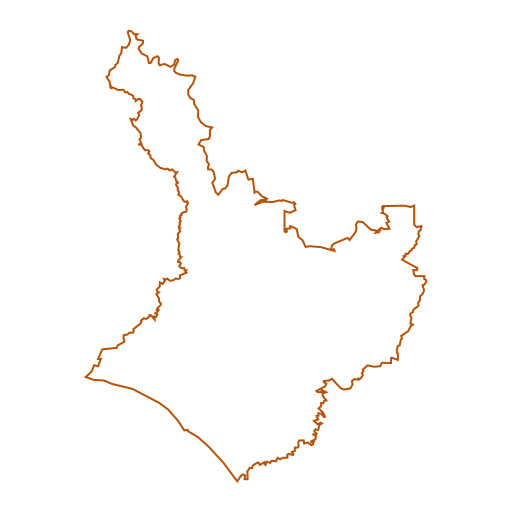 Whanganui District, Manawatu-Wanganui, New Zealand
{"feature_id": "76426892B60533113586032", "entity_name": "Whanganui District", "entity_type": "district", "adm_level": 2, "iso_a3": "NZL", "parent_name": "New Zealand", "parent_adm1": "Manawatu-Wanganui", "projection": "robinson", "projection_center": [175.119, -39.636], "detail": "fine", "context": "isolated", "style": "outline", "palette": "amber", "viewbox_px": 512, "rotation_deg": 0, "n_neighbors": 0, "source": "geoboundaries", "source_scale": "gbopen_adm2", "svg_char_len": 6055}
<svg xmlns="http://www.w3.org/2000/svg" viewBox="0 0 512 512"><path d="M135.8,127.3L140.6,133.3L141.1,137.7L139.5,139.1L141.4,143.7L139.1,144.2L139.2,144.8L141.2,144.6L144.9,150.2L148.4,150.2L149.3,151.4L148.2,153.5L150.4,155.4L150.5,157.9L153.3,159.9L156.3,164.8L160.2,167.8L165.8,169.4L167.7,168.6L169.7,170.5L172.1,169.4L175.3,172.5L177.0,172.2L174.1,176.7L175.2,177.2L176.0,180.5L178.0,182.7L176.4,183.4L176.1,184.9L178.0,187.9L177.6,189.7L179.1,192.2L178.3,194.8L180.8,196.0L183.8,201.2L186.4,202.1L187.1,201.3L188.1,203.0L185.9,207.0L186.8,209.7L186.0,211.8L182.6,212.6L181.3,213.7L181.7,214.8L179.9,216.0L180.6,217.6L179.3,218.3L180.8,221.2L179.5,222.5L180.2,224.0L178.9,226.4L180.0,227.7L179.0,227.9L180.1,231.4L177.9,233.7L178.0,238.6L177.1,239.3L179.3,243.5L178.2,250.5L179.5,252.0L178.5,253.8L179.8,254.7L180.2,257.4L181.1,257.3L178.2,260.7L178.1,262.1L180.1,262.3L180.9,263.6L179.2,266.2L181.1,268.1L184.3,268.1L184.5,270.3L186.5,270.3L185.7,272.0L186.4,272.7L179.8,275.4L180.3,278.0L178.1,279.1L175.9,278.4L172.8,280.4L169.9,280.8L167.5,278.6L165.5,279.7L164.0,279.0L164.7,281.1L162.6,284.0L160.0,282.4L159.6,286.8L156.7,289.4L157.5,291.9L158.9,292.4L156.4,294.1L159.1,298.7L159.0,301.7L160.9,303.4L160.8,304.9L157.2,308.4L158.6,309.8L156.8,310.3L157.7,311.5L155.4,313.2L157.3,314.4L156.0,317.2L154.4,317.2L154.5,319.6L153.5,318.3L153.7,316.6L152.9,317.2L150.8,315.2L149.7,315.1L150.0,316.0L146.2,319.0L143.9,318.2L141.0,320.5L141.5,321.6L140.3,323.8L133.4,329.1L133.7,331.3L132.9,332.7L129.3,332.8L127.2,334.7L123.7,335.1L123.5,338.2L124.5,341.6L117.6,345.5L116.7,347.9L102.3,349.3L98.1,359.0L100.9,358.9L98.0,366.3L94.1,365.2L91.6,371.6L85.7,377.0L93.7,379.9L104.0,380.5L111.9,383.9L132.5,388.9L159.2,402.9L168.1,409.5L178.3,421.1L184.3,430.4L188.4,429.6L187.5,430.3L187.9,431.1L198.1,437.2L209.0,447.1L223.2,462.5L237.2,481.3L240.9,475.8L242.9,474.4L245.1,475.3L244.6,479.2L247.6,479.2L247.4,471.3L249.7,467.9L252.1,468.0L252.7,465.5L257.7,462.5L258.7,462.6L259.7,464.9L264.5,462.2L264.6,464.3L265.5,464.9L266.9,461.7L270.0,462.9L271.8,460.6L275.9,461.4L277.6,457.8L280.2,459.3L282.5,457.9L287.5,457.6L287.2,454.9L288.4,454.0L293.1,454.9L293.4,453.8L291.8,452.0L294.9,450.8L294.8,447.6L297.3,447.7L298.5,446.6L298.4,441.9L299.4,440.4L303.8,440.4L304.1,443.5L307.7,442.5L311.2,445.2L312.7,444.7L313.8,441.9L311.3,442.4L311.0,441.5L315.5,439.1L315.9,437.4L315.5,435.9L312.6,434.1L316.2,434.7L316.7,433.7L314.4,431.5L314.5,430.3L315.5,429.3L318.1,430.0L319.7,424.6L321.9,423.5L320.4,422.7L317.8,424.4L314.0,420.9L318.2,419.4L316.4,416.0L318.5,415.6L318.3,413.2L321.3,413.7L324.0,417.1L325.0,416.6L322.8,412.3L318.6,408.4L321.3,406.0L321.1,403.0L323.2,403.3L324.2,400.8L326.3,400.5L322.7,395.8L322.5,393.4L326.1,392.2L322.2,390.2L321.6,390.6L322.4,391.7L321.6,392.2L317.7,392.1L316.4,391.0L325.0,386.5L326.4,383.8L323.7,382.1L323.9,381.0L328.9,380.5L332.0,378.8L340.7,388.3L344.1,389.5L350.4,388.4L352.5,384.7L352.0,381.0L354.5,379.0L357.4,379.6L358.4,378.6L358.9,379.6L361.0,378.0L362.9,375.2L361.8,373.1L363.4,371.3L362.8,369.6L367.6,365.4L374.0,366.7L380.2,366.3L382.0,362.8L391.0,363.0L391.1,358.0L391.7,357.7L397.8,359.9L397.9,353.6L397.1,353.2L396.8,350.1L397.8,345.9L399.7,345.3L400.9,339.6L402.0,338.4L401.2,335.9L408.2,331.1L410.9,325.9L412.8,324.7L410.4,323.6L411.4,317.8L410.1,315.2L410.4,313.6L412.8,312.1L413.5,309.6L418.5,305.7L418.0,302.8L419.9,300.5L420.0,296.4L422.6,293.8L424.1,290.4L422.5,285.3L424.2,284.7L426.3,281.6L426.3,280.3L424.1,278.7L424.4,276.1L415.4,276.1L413.8,273.9L413.3,270.0L416.9,270.2L417.5,268.2L402.1,259.7L404.1,257.5L403.7,256.1L405.5,256.2L405.5,253.8L408.1,253.8L410.0,250.9L411.5,250.4L411.8,248.8L414.4,247.7L414.5,245.6L416.7,244.2L416.1,241.6L419.3,236.2L418.3,234.5L418.8,231.5L420.7,230.0L421.1,226.6L422.1,225.7L416.8,227.2L414.2,224.8L414.2,205.6L410.8,207.0L404.5,205.7L382.8,206.1L382.3,207.0L383.7,207.4L383.3,208.9L382.2,209.1L383.1,212.3L381.9,213.0L384.9,213.9L387.6,216.3L386.5,217.5L389.1,221.5L386.4,223.0L389.4,228.7L383.9,229.2L381.6,227.7L379.3,229.3L380.2,230.3L378.2,230.5L377.9,231.6L379.0,231.2L379.0,232.2L375.5,232.9L376.4,231.6L375.9,230.4L370.8,229.7L362.8,222.1L357.9,221.5L355.9,224.6L356.5,228.9L355.6,232.0L349.6,240.0L347.6,237.9L334.4,243.4L332.2,245.2L330.9,249.2L332.2,250.2L333.7,249.1L334.5,250.9L320.9,247.1L309.6,246.2L305.6,246.9L302.4,240.0L298.4,237.1L296.7,229.1L291.8,226.6L290.0,226.3L290.4,228.3L286.1,228.9L286.9,231.6L285.4,232.2L284.5,231.2L284.5,211.0L289.8,212.8L295.6,210.2L294.0,204.9L295.4,203.9L293.6,202.2L292.2,202.9L282.9,200.0L281.7,201.1L279.7,200.4L272.6,202.0L262.8,201.7L254.5,205.1L260.5,200.2L266.4,199.7L267.0,198.7L261.8,196.3L257.7,191.8L255.4,191.6L254.6,192.5L252.8,178.9L248.4,179.6L245.4,170.6L242.1,172.3L238.3,170.7L237.0,172.3L231.6,172.9L228.9,176.5L227.5,185.5L225.0,188.6L223.0,188.7L218.2,194.8L215.8,192.3L212.3,182.7L215.1,178.9L213.6,171.7L211.8,169.6L208.2,169.3L207.9,167.4L209.0,164.4L206.6,160.9L206.9,156.0L204.2,150.8L203.6,147.0L198.6,144.5L201.1,140.1L208.7,139.0L209.9,136.4L209.9,129.9L212.1,127.5L205.8,126.0L200.9,122.2L197.9,116.8L198.3,110.5L194.2,104.2L193.9,99.8L190.4,98.2L188.3,94.8L188.2,90.0L193.2,83.2L195.3,76.7L192.1,75.3L186.6,75.7L179.0,74.3L175.3,72.4L174.2,70.9L174.4,68.5L178.2,60.7L177.4,59.0L175.4,59.9L173.9,64.8L170.4,66.8L164.7,64.0L159.4,65.1L158.6,62.9L158.9,57.6L157.5,56.2L153.3,58.1L150.7,62.9L148.9,63.0L147.4,56.4L141.8,53.6L138.6,48.8L139.5,46.4L142.7,43.8L143.1,40.7L136.7,39.4L135.7,36.0L137.4,34.2L133.9,34.2L131.8,31.5L128.6,30.7L127.7,32.2L130.2,39.9L128.9,44.6L126.0,47.9L122.0,47.1L121.3,52.9L119.2,56.3L117.9,62.6L115.2,65.3L114.7,67.3L109.8,70.3L108.8,75.0L106.5,77.0L109.9,82.1L109.6,83.9L110.9,86.0L110.1,86.7L111.0,88.3L113.0,87.5L118.2,90.0L123.5,89.8L125.2,92.4L127.5,92.1L128.6,93.7L132.9,95.4L133.4,98.2L135.7,99.3L135.7,101.0L138.6,98.8L140.4,99.2L142.4,101.7L140.9,105.4L141.9,107.5L141.3,110.4L138.0,113.0L139.3,114.9L136.9,119.6L135.6,120.4L133.9,118.8L132.7,119.8L130.7,119.0L133.2,125.6L135.8,127.3Z" fill="none" stroke="#b45309" stroke-width="2"/></svg>